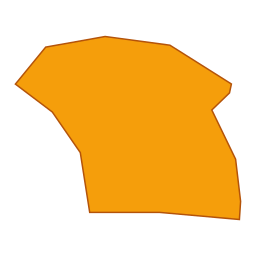 outline of Saint Patrick
{"feature_id": "GRD-5075", "entity_name": "Saint Patrick", "entity_type": "Parish", "adm_level": 1, "iso_a3": "GRD", "parent_name": "Grenada", "parent_adm1": "", "projection": "albers", "projection_center": [-61.638, 12.208], "detail": "fine", "context": "isolated", "style": "filled", "palette": "amber", "viewbox_px": 256, "rotation_deg": 0, "n_neighbors": 0, "source": "natural_earth", "source_scale": "10m", "svg_char_len": 299}
<svg xmlns="http://www.w3.org/2000/svg" viewBox="0 0 256 256"><path d="M15.4,84.1L45.7,47.1L105.1,36.5L169.9,45.2L231.4,84.0L229.5,92.9L211.8,110.0L235.6,159.2L240.6,201.4L239.4,219.5L159.7,212.4L89.7,212.4L80.3,152.6L52.3,112.0L15.4,84.1Z" fill="#f59e0b" stroke="#b45309" stroke-width="1.5"/></svg>